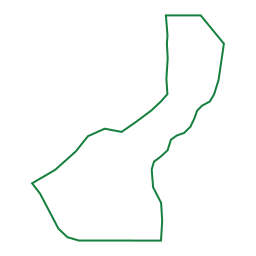 an SVG outline of Mpigi
{"feature_id": "UGA-3078", "entity_name": "Mpigi", "entity_type": "District", "adm_level": 1, "iso_a3": "UGA", "parent_name": "Uganda", "parent_adm1": "", "projection": "natural_earth1", "projection_center": [32.214, 0.138], "detail": "fine", "context": "isolated", "style": "outline", "palette": "green", "viewbox_px": 256, "rotation_deg": 0, "n_neighbors": 0, "source": "natural_earth", "source_scale": "10m", "svg_char_len": 588}
<svg xmlns="http://www.w3.org/2000/svg" viewBox="0 0 256 256"><path d="M166.4,78.9L167.7,58.2L166.9,43.2L167.5,35.7L165.9,15.4L200.7,15.4L223.9,43.7L218.6,79.8L214.1,94.3L209.8,101.5L202.0,105.7L197.1,110.7L194.4,118.4L190.3,126.9L184.0,133.0L176.8,135.5L170.9,139.7L167.6,150.3L160.5,156.8L154.0,161.6L151.7,169.5L153.1,187.3L161.1,202.8L162.2,220.8L161.0,240.6L78.7,240.5L67.4,237.2L58.4,228.6L40.1,193.7L32.1,183.3L55.2,169.8L75.8,151.4L87.9,136.2L104.7,128.7L121.6,131.9L135.6,122.2L151.5,110.3L160.8,101.6L167.4,94.1L166.4,78.9Z" fill="none" stroke="#15803d" stroke-width="2"/></svg>